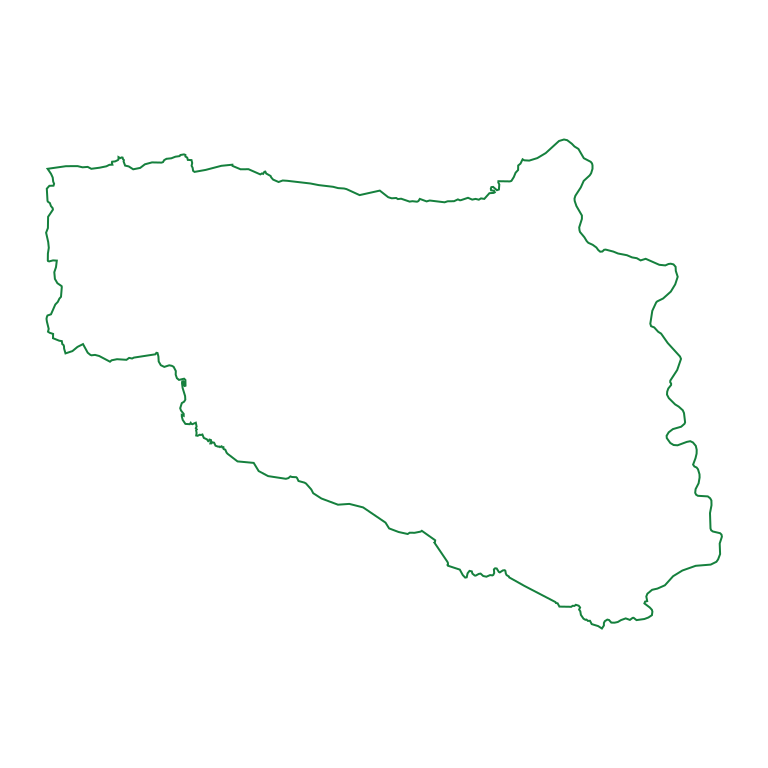 outline of Cu Jut, Đắk Nông, Vietnam
{"feature_id": "81297802B43064907961903", "entity_name": "Cu Jut", "entity_type": "district", "adm_level": 2, "iso_a3": "VNM", "parent_name": "Vietnam", "parent_adm1": "Đắk Nông", "projection": "albers", "projection_center": [107.738, 12.679], "detail": "fine", "context": "isolated", "style": "outline", "palette": "green", "viewbox_px": 768, "rotation_deg": 0, "n_neighbors": 0, "source": "geoboundaries", "source_scale": "gbopen_adm2", "svg_char_len": 6060}
<svg xmlns="http://www.w3.org/2000/svg" viewBox="0 0 768 768"><path d="M47.6,168.8L51.0,173.8L52.7,177.5L53.2,181.6L54.1,183.8L53.5,185.7L49.4,185.8L46.8,188.7L47.5,200.7L47.8,201.6L49.9,203.1L50.9,206.0L52.7,208.2L52.9,209.7L48.1,216.8L47.9,228.1L46.1,232.7L48.2,242.0L48.8,247.8L47.9,253.6L47.8,260.5L48.1,261.1L49.2,261.4L53.0,260.4L56.8,260.6L56.0,267.1L54.3,272.2L54.9,278.9L57.4,283.2L61.6,286.1L61.8,287.0L61.0,296.8L59.4,298.6L57.8,301.9L55.3,304.5L51.0,314.3L47.5,315.5L46.9,316.9L46.5,318.8L46.9,321.6L48.7,328.9L48.0,331.7L49.7,332.8L53.1,333.9L53.0,338.2L59.2,340.7L61.8,341.1L62.3,344.1L63.5,345.0L64.0,346.3L64.1,348.6L65.5,353.4L72.4,351.1L77.5,346.9L83.0,344.1L87.7,352.7L90.4,354.9L91.5,355.3L95.0,354.9L99.2,356.0L110.0,361.7L111.6,360.3L117.0,359.2L126.5,359.8L129.1,357.9L132.1,358.5L133.9,357.6L155.4,354.3L156.4,352.8L157.5,353.0L158.4,356.4L158.7,361.5L160.8,365.2L164.3,366.9L169.2,365.3L171.8,365.8L173.6,366.8L175.8,371.0L175.7,374.7L176.9,378.2L179.0,379.9L184.1,378.7L185.4,380.0L185.5,385.7L184.7,386.0L184.2,385.5L183.9,382.3L183.2,381.2L182.2,381.5L182.0,383.0L182.6,387.9L185.1,396.1L185.3,399.7L184.1,401.7L181.8,403.1L180.2,408.2L181.0,410.5L183.7,413.9L183.7,415.8L181.8,414.9L181.8,416.4L182.7,419.9L185.4,423.9L189.7,424.2L190.7,422.8L191.4,423.9L192.4,424.2L195.8,422.7L196.6,426.6L195.8,428.2L196.8,429.4L196.1,430.3L196.6,433.0L196.2,435.5L197.6,435.8L199.8,434.7L200.9,435.0L202.4,434.5L203.8,437.9L207.0,439.4L208.2,441.2L208.7,441.2L209.5,439.6L210.9,440.0L211.2,441.1L210.4,443.4L211.4,443.4L212.4,442.3L214.1,442.7L215.5,445.7L218.2,446.7L219.1,446.5L219.9,447.1L221.6,446.3L222.4,447.5L223.4,447.2L223.7,449.1L225.3,449.7L226.6,452.7L227.7,453.9L237.5,461.4L253.7,462.9L258.7,471.1L268.1,476.1L285.9,478.8L288.4,478.1L290.4,476.4L292.0,477.0L296.2,477.2L297.0,477.9L298.5,481.0L304.4,482.6L306.0,483.5L311.3,489.5L313.2,493.2L321.4,498.5L338.0,504.7L349.3,503.9L363.1,507.4L385.5,522.6L389.1,528.4L398.6,532.0L407.7,534.0L409.7,532.7L414.6,532.8L420.7,531.6L421.8,530.8L435.2,540.3L434.9,542.4L434.4,542.6L447.4,561.8L447.9,562.9L448.0,564.5L447.5,565.0L447.9,565.7L459.8,569.6L462.8,575.1L465.2,577.6L466.7,577.3L467.6,573.3L469.5,570.9L471.8,571.4L472.4,573.6L474.7,575.5L475.7,575.6L478.8,573.9L480.6,573.6L483.2,576.0L486.4,576.7L490.1,575.1L492.5,575.4L493.3,574.9L494.2,573.0L493.9,569.4L495.1,568.3L496.7,568.5L498.8,571.9L499.8,572.4L502.9,570.4L504.7,570.2L505.4,570.9L505.8,573.5L506.6,575.1L508.9,576.5L509.2,577.4L524.2,585.8L555.5,602.1L555.9,603.0L557.6,603.3L559.4,606.6L571.3,606.8L572.6,605.8L574.5,605.9L575.8,604.8L578.7,605.7L580.1,607.5L579.1,609.6L580.3,611.3L580.9,614.9L583.5,618.7L585.4,619.8L586.5,619.6L587.9,620.9L590.0,620.8L591.7,624.1L598.2,626.1L601.9,628.5L603.9,625.5L603.9,623.0L604.8,621.2L607.3,619.6L609.0,620.0L611.3,622.6L614.5,622.7L617.8,622.0L621.0,620.1L625.7,618.4L629.9,619.9L632.6,617.9L633.6,617.8L636.5,620.1L644.4,619.0L648.4,617.5L651.9,615.2L652.4,611.7L651.9,609.8L649.8,607.5L644.4,603.4L645.1,601.6L647.2,601.1L646.3,596.5L647.4,593.7L652.1,589.8L657.4,588.6L664.9,585.3L673.1,576.2L682.4,570.5L695.7,565.8L710.7,564.6L716.4,561.8L718.1,559.4L720.1,554.1L719.7,543.5L721.9,536.7L721.5,534.6L720.1,533.2L712.9,531.5L711.2,530.3L710.5,528.5L710.0,513.1L711.5,505.2L711.4,500.5L710.2,498.3L707.8,496.4L697.9,495.8L696.1,494.7L695.2,492.8L695.6,489.1L698.6,483.3L699.6,477.5L699.5,474.3L698.0,469.3L696.6,467.5L694.4,466.5L693.1,464.6L695.5,458.2L696.6,453.6L696.7,449.8L695.8,445.9L693.0,442.5L690.3,441.2L686.8,441.9L677.6,445.3L673.6,445.0L670.3,443.0L666.8,438.1L666.6,435.8L668.7,432.3L672.9,429.1L681.2,426.7L684.5,423.8L685.1,422.3L684.0,413.1L682.8,410.3L678.7,406.6L675.1,404.4L668.8,398.1L667.0,394.6L667.2,391.6L668.3,388.5L671.1,385.0L671.1,383.5L670.2,382.2L670.3,380.6L677.2,370.0L681.0,358.9L680.0,356.5L667.7,343.0L661.1,333.6L658.2,331.8L654.2,327.4L651.1,326.2L650.3,323.7L652.3,310.8L656.2,302.4L657.2,301.4L663.1,298.5L670.8,291.6L675.2,284.4L677.7,276.8L675.8,270.9L675.6,266.8L673.5,264.4L670.7,263.7L668.5,264.0L665.3,265.4L659.3,264.8L645.7,258.8L640.6,260.4L636.8,258.2L632.1,257.4L626.9,255.2L618.0,253.5L613.4,251.6L605.7,249.6L604.1,249.8L602.4,251.5L600.2,251.7L598.3,250.1L596.4,247.5L592.7,244.8L588.3,242.8L586.7,241.1L584.4,237.3L580.0,232.0L579.5,230.3L579.2,227.4L581.9,218.9L581.9,215.5L576.4,206.0L574.7,201.0L574.5,198.6L575.4,195.7L580.8,187.4L583.7,180.9L589.7,175.4L591.1,173.3L592.5,168.8L592.5,165.3L592.0,163.4L590.7,161.8L583.8,158.2L578.4,148.9L574.5,146.5L571.9,143.8L567.2,140.2L564.0,139.5L559.0,141.0L545.7,153.1L537.3,158.1L529.2,160.6L524.2,160.3L522.6,159.3L520.5,163.6L518.2,165.5L518.1,170.0L515.6,172.7L513.8,177.1L511.4,180.9L509.9,181.4L498.4,181.2L498.3,182.5L499.3,184.5L498.9,189.5L496.9,190.2L493.1,186.9L491.4,187.1L490.8,188.7L491.1,190.3L494.0,190.8L494.8,192.3L493.7,192.9L489.4,193.2L484.3,198.9L481.0,198.4L478.8,199.7L475.6,198.9L472.2,199.6L468.0,197.8L461.1,200.1L460.0,200.3L457.9,199.4L454.0,201.2L447.6,201.3L444.6,202.3L429.7,200.5L426.6,201.4L419.8,198.9L418.4,201.1L417.0,201.7L412.4,201.2L409.6,201.6L401.1,198.7L397.9,199.1L396.2,198.0L391.7,198.3L388.2,197.2L379.8,190.6L359.6,195.1L346.5,189.1L344.1,188.5L338.1,188.1L333.1,186.8L318.7,185.1L310.5,183.5L287.3,180.8L282.7,180.5L278.6,182.0L273.1,179.6L271.2,177.4L270.6,176.0L266.2,173.5L265.3,171.6L264.4,171.8L263.1,173.9L262.0,173.4L260.3,174.4L248.5,169.2L240.6,169.3L232.5,165.9L232.4,164.7L221.4,165.8L205.7,169.9L194.5,171.9L193.1,170.8L192.6,167.7L191.6,165.8L192.2,163.0L191.5,160.1L187.8,159.9L187.2,157.6L185.4,156.5L185.4,154.9L184.0,154.4L180.4,155.0L179.6,156.1L175.4,156.7L171.3,158.3L166.5,158.8L164.2,160.1L163.0,162.1L161.6,162.6L152.0,162.4L144.9,164.3L140.2,167.9L133.2,169.3L128.7,166.4L125.1,165.6L123.6,161.5L123.9,160.1L122.9,159.0L122.6,157.6L121.8,157.4L120.2,158.1L118.5,157.1L118.5,159.3L117.9,160.1L115.1,161.4L112.1,161.7L111.9,162.9L112.4,164.7L109.4,164.8L106.4,166.3L99.6,167.7L91.3,168.8L87.7,166.9L82.5,167.3L77.5,166.1L65.9,166.2L47.6,168.8Z" fill="none" stroke="#15803d" stroke-width="2"/></svg>